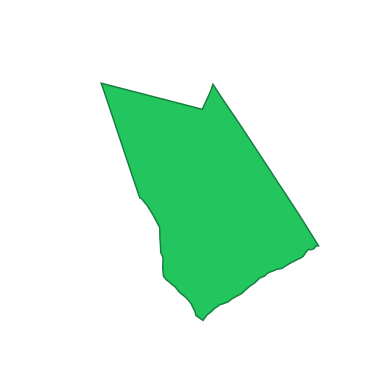 outline of Senador Rui Palmeira, Alagoas, Brazil, rotated 213°
{"feature_id": "56859067B1965841485432", "entity_name": "Senador Rui Palmeira", "entity_type": "district", "adm_level": 2, "iso_a3": "BRA", "parent_name": "Brazil", "parent_adm1": "Alagoas", "projection": "equal_earth", "projection_center": [-37.547, -9.387], "detail": "fine", "context": "isolated", "style": "filled", "palette": "green", "viewbox_px": 384, "rotation_deg": 213, "n_neighbors": 0, "source": "geoboundaries", "source_scale": "gbopen_adm2", "svg_char_len": 1099}
<svg xmlns="http://www.w3.org/2000/svg" viewBox="0 0 384 384"><g transform="rotate(213 192 192)"><path d="M327.4,233.8L320.3,228.3L297.9,210.5L252.6,174.4L232.7,158.7L230.3,158.9L225.7,157.3L222.2,156.3L218.9,154.7L212.3,151.6L199.7,144.6L193.8,135.9L189.4,130.1L185.2,124.1L182.1,122.4L180.0,120.4L175.1,112.2L170.0,105.8L166.0,104.4L161.7,104.1L157.8,103.4L155.2,103.4L151.4,102.3L148.9,101.2L139.6,100.2L136.6,99.5L132.0,97.9L124.2,93.2L121.2,90.5L112.9,90.3L112.4,97.2L110.7,102.1L109.9,106.0L108.4,109.4L107.3,112.7L104.5,115.9L101.8,119.7L100.3,124.2L97.4,129.7L95.1,133.7L93.6,139.7L92.0,145.1L90.0,149.6L89.0,153.6L88.5,156.7L85.4,160.8L84.7,164.3L83.3,167.0L80.7,170.4L78.9,173.2L75.1,176.7L72.4,182.7L70.0,187.5L68.2,190.4L66.8,193.0L65.1,195.5L63.7,198.7L63.7,202.3L63.3,207.0L60.6,208.5L58.9,210.7L58.7,214.0L56.6,215.8L88.1,230.5L113.1,241.6L115.7,242.7L126.2,247.2L137.2,252.2L154.7,259.8L169.6,266.4L175.6,269.0L186.0,273.6L219.5,287.7L222.0,288.8L233.1,293.7L231.4,287.5L228.4,266.9L259.3,256.6L310.4,239.5L327.4,233.8Z" fill="#22c55e" stroke="#15803d" stroke-width="1.5"/></g></svg>